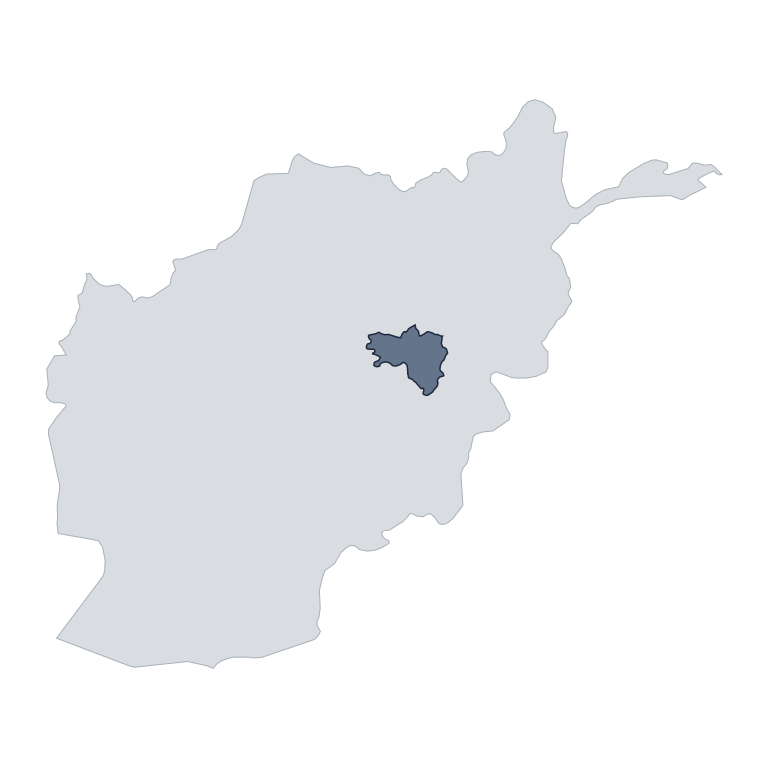 where Wardak sits in Afghanistan
{"feature_id": "AFG-1774", "entity_name": "Wardak", "entity_type": "Province", "adm_level": 1, "iso_a3": "AFG", "parent_name": "Afghanistan", "parent_adm1": "", "projection": "equal_earth", "projection_center": [68.09, 34.238], "detail": "fine", "context": "in_parent", "style": "filled", "palette": "slate", "viewbox_px": 768, "rotation_deg": 0, "n_neighbors": 0, "source": "natural_earth", "source_scale": "10m", "svg_char_len": 7038}
<svg xmlns="http://www.w3.org/2000/svg" viewBox="0 0 768 768"><path d="M331.0,167.5L347.5,165.9L358.7,168.2L364.5,174.3L370.3,175.8L376.0,172.9L379.5,172.3L380.8,174.2L383.7,175.0L388.0,174.8L390.4,176.4L391.0,180.1L394.2,184.8L399.9,190.4L405.0,191.8L411.7,187.4L414.0,187.9L415.1,186.5L415.8,183.3L419.9,180.3L427.3,177.4L431.5,174.9L433.0,172.8L435.5,172.2L438.2,172.9L440.1,172.1L441.6,169.3L444.2,168.2L446.5,168.8L456.7,179.0L460.7,182.0L462.5,181.5L467.6,175.9L468.3,170.8L466.8,164.2L467.7,158.8L471.1,154.8L477.2,152.3L486.3,151.3L491.8,151.9L493.9,154.0L496.7,155.1L500.2,155.4L503.3,153.0L506.2,148.0L506.3,141.8L503.7,134.4L504.3,132.1L508.9,128.4L513.6,122.9L518.2,115.8L522.6,107.1L528.1,101.8L534.7,99.7L542.7,102.0L552.2,108.8L555.8,117.1L553.7,127.0L553.6,132.5L555.5,133.5L566.2,131.6L567.6,133.0L567.6,135.8L566.0,140.0L564.3,151.7L561.4,180.9L566.2,198.2L569.4,205.1L572.6,207.3L575.8,208.1L579.0,207.5L585.4,203.1L595.1,194.8L604.6,189.8L618.4,186.9L622.9,178.1L629.2,172.3L643.6,163.6L651.5,160.3L656.1,159.8L667.3,163.0L667.9,165.6L667.3,168.5L664.1,170.8L663.2,172.6L664.4,174.0L668.9,174.5L688.1,168.5L692.3,163.2L696.4,163.0L704.6,165.2L710.9,164.5L714.2,166.8L721.9,174.5L719.6,174.9L716.1,173.4L714.2,170.9L706.5,174.2L697.9,179.0L698.2,180.3L706.0,187.3L690.1,195.0L683.0,199.4L681.3,199.6L670.3,195.6L640.0,196.8L617.1,199.2L608.2,203.1L599.8,205.0L595.5,207.1L592.7,211.2L580.1,220.3L577.9,223.7L570.8,223.4L563.6,232.2L552.9,242.8L550.8,247.8L552.5,250.3L558.2,254.2L560.8,257.8L565.0,268.1L566.8,275.3L569.3,278.5L570.8,287.1L568.3,292.0L568.3,294.5L571.9,301.1L571.1,303.1L568.5,306.2L564.3,314.5L556.8,320.7L553.7,326.2L548.5,332.3L546.3,337.5L544.0,340.3L541.6,341.8L542.3,344.6L544.4,348.0L547.9,351.9L547.9,367.5L546.0,371.9L536.5,376.2L527.3,378.0L516.0,378.1L511.8,377.5L496.1,371.8L491.1,374.6L490.2,381.4L499.2,392.6L502.9,398.8L507.0,409.3L510.1,414.7L509.1,419.7L493.0,430.9L482.7,432.0L476.3,433.9L473.1,436.7L470.9,448.5L468.6,452.9L468.7,458.0L466.5,463.9L463.2,467.7L460.9,473.8L462.9,505.3L453.5,517.9L448.3,522.5L443.3,524.6L439.2,523.8L434.0,516.6L430.3,513.8L426.7,514.4L423.0,516.9L417.1,516.1L412.0,513.6L409.5,513.8L408.0,516.4L402.6,521.8L389.3,530.1L383.9,530.7L381.6,532.7L382.5,536.1L384.9,538.9L389.0,540.8L389.2,543.1L382.4,547.3L375.5,550.1L367.6,551.1L359.4,549.5L355.2,545.9L350.2,545.5L345.7,548.2L340.9,552.6L334.4,563.8L324.8,570.7L322.4,577.7L319.4,590.1L320.2,608.5L319.0,616.7L316.9,622.1L317.3,626.3L320.4,631.2L319.1,634.3L316.4,637.8L313.8,639.7L261.4,657.5L252.9,657.9L248.5,657.2L233.7,657.2L227.5,658.5L221.3,660.9L216.8,663.9L213.2,668.3L207.0,665.8L187.6,661.5L134.8,667.2L129.8,666.1L56.5,638.2L103.3,575.8L104.7,570.6L105.1,560.4L102.5,546.8L98.1,540.6L58.1,533.4L57.0,522.9L57.7,518.2L57.2,509.1L57.5,502.1L59.6,490.6L59.8,485.5L48.5,434.3L48.6,429.3L56.4,417.6L66.1,406.1L65.7,404.0L61.0,402.7L53.8,402.6L50.0,400.9L47.1,397.7L46.1,393.1L48.3,384.9L46.8,369.1L54.6,355.8L66.3,355.0L60.6,345.2L59.3,344.2L58.9,342.6L59.6,340.9L62.6,340.3L69.8,334.1L70.2,330.6L76.2,321.5L75.9,317.4L79.9,306.6L78.1,299.4L77.9,295.5L82.1,293.1L85.1,283.0L86.7,280.5L86.9,278.1L86.1,273.9L90.0,273.3L93.4,278.5L99.0,284.0L102.6,285.6L107.2,286.4L117.5,284.6L119.6,284.9L130.2,294.4L132.0,296.9L132.7,300.7L134.4,301.8L138.2,298.1L141.8,296.8L148.7,298.0L152.4,296.6L170.0,284.7L171.4,277.1L173.2,272.8L175.6,270.3L172.9,261.6L173.9,259.9L176.2,259.1L182.0,259.1L208.4,249.6L215.3,249.6L216.8,248.8L217.3,246.2L219.2,243.4L231.8,236.4L239.0,229.3L241.7,223.9L254.0,180.6L260.3,176.8L266.7,174.1L288.4,173.3L292.5,160.0L294.5,156.9L298.3,153.8L314.1,163.3L331.0,167.5Z" fill="#d9dde1" stroke="#a8b0b8" stroke-width="1"/><path d="M442.5,336.1L441.9,338.2L442.0,339.6L441.5,341.7L441.4,343.4L441.5,344.2L441.7,344.7L441.9,345.1L442.1,345.6L442.4,346.4L442.5,346.8L442.7,347.1L443.0,347.2L444.5,347.6L444.8,347.8L446.5,349.1L447.3,352.2L447.6,353.1L446.3,354.7L445.4,356.3L444.0,359.9L443.4,360.4L442.4,361.4L441.5,362.7L440.5,365.1L440.1,367.2L439.9,369.4L440.2,370.1L440.6,370.9L441.7,372.0L442.3,372.4L442.8,372.9L443.0,373.1L443.7,375.0L443.8,375.4L443.8,375.5L443.7,375.7L443.5,375.9L443.1,376.1L440.9,376.6L440.2,376.9L439.5,377.3L438.4,378.4L437.9,379.2L437.2,380.5L437.1,380.8L437.7,381.6L437.9,382.2L437.9,382.7L437.6,384.9L437.3,385.8L437.1,386.2L435.5,388.2L434.4,389.4L432.4,392.2L432.0,392.5L428.0,395.1L427.6,395.2L426.9,395.3L426.4,395.3L424.5,394.8L423.9,394.5L423.4,394.2L423.2,393.9L423.2,393.5L423.2,393.0L423.4,391.9L423.8,390.7L423.8,390.2L423.8,389.8L423.4,388.4L422.3,388.5L421.9,388.6L421.4,388.6L421.2,388.6L420.9,388.5L420.6,388.1L416.6,383.4L416.4,383.1L415.7,382.3L413.4,380.7L412.9,379.8L412.7,379.6L409.7,378.3L409.2,378.1L408.7,377.8L408.3,376.7L408.3,375.8L407.9,374.2L407.8,373.6L407.7,373.1L407.8,372.7L407.8,372.2L407.8,371.7L407.6,371.0L407.6,370.5L407.5,370.0L407.6,369.1L407.6,368.6L407.1,365.8L406.9,365.2L406.5,364.5L405.1,363.1L404.4,362.6L403.3,362.3L402.7,362.8L402.2,363.1L401.9,363.2L401.3,363.8L399.9,364.6L396.9,365.8L396.2,365.9L395.5,366.0L393.4,365.8L392.7,365.6L392.2,365.3L391.0,364.1L389.6,363.0L387.8,362.3L386.4,361.9L385.2,362.0L382.0,362.7L381.6,362.8L381.2,363.1L380.6,363.6L380.3,364.0L380.1,364.3L379.8,365.7L379.7,365.9L379.5,366.1L378.0,366.6L377.2,366.7L375.0,366.3L374.1,365.5L373.9,364.9L373.9,364.3L374.2,363.0L374.5,362.5L374.9,362.1L378.7,360.5L378.9,360.3L379.0,360.1L379.2,359.5L379.3,359.2L380.0,358.2L380.5,357.6L380.3,357.2L379.8,356.8L375.1,354.4L374.5,354.3L373.0,354.1L372.8,354.0L372.6,353.8L372.6,353.5L372.7,353.2L373.8,352.6L374.1,352.4L374.3,352.4L374.5,352.2L374.8,351.8L374.8,351.5L374.9,351.0L374.8,350.7L374.7,350.2L374.5,349.8L374.0,349.4L373.5,349.2L373.1,349.2L371.0,349.3L367.7,349.0L367.4,348.9L367.1,348.7L366.8,348.4L366.5,348.0L366.4,347.5L366.4,346.7L366.7,345.7L366.9,345.1L367.2,344.6L367.4,344.3L367.6,344.0L367.9,343.8L368.2,343.7L369.5,343.5L369.8,343.5L370.0,343.3L370.8,342.6L371.0,342.4L371.1,342.0L371.1,340.9L371.0,340.4L370.8,340.0L369.3,338.7L368.9,337.9L368.4,336.2L368.6,335.5L368.8,335.3L369.3,335.0L369.7,334.9L372.3,334.5L376.4,333.6L376.7,333.4L378.0,332.5L378.3,332.4L378.6,332.4L379.1,332.5L379.6,332.6L380.5,333.1L380.9,333.4L381.1,333.7L381.3,334.0L381.7,334.1L383.1,334.2L384.1,334.5L384.8,334.7L386.2,334.7L388.0,334.4L389.1,334.6L397.7,337.3L400.6,337.7L401.7,335.2L401.9,334.4L402.1,334.1L403.0,333.0L403.3,332.5L403.7,332.1L404.0,331.8L404.6,331.7L405.0,331.7L405.3,331.8L405.8,332.1L406.2,332.0L406.7,331.5L407.7,330.3L408.4,329.1L409.7,328.0L415.1,324.9L415.4,326.1L415.5,327.3L415.7,328.0L415.9,328.6L418.4,331.2L418.6,331.8L418.7,332.3L418.8,333.3L419.1,335.1L419.3,335.4L419.5,335.7L419.8,335.7L420.7,335.9L421.0,335.9L421.2,335.7L421.6,335.3L421.9,335.1L422.7,334.8L424.1,334.0L426.9,332.0L427.5,331.7L428.0,331.7L431.5,332.7L432.2,333.0L433.0,333.2L433.2,333.3L433.4,333.5L434.3,334.2L434.9,334.5L435.6,334.5L437.0,334.5L437.4,334.5L438.0,334.9L439.7,335.4L441.1,336.1L441.9,336.3L442.5,336.1Z" fill="#64748b" stroke="#1e293b" stroke-width="1.5"/></svg>